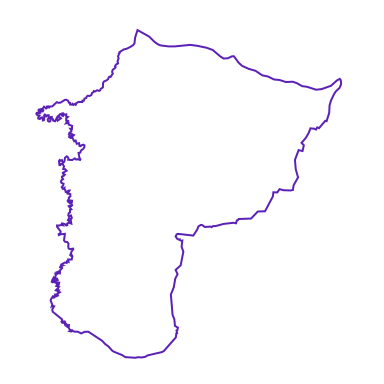 the district of Ban Thaen, Chaiyaphum, Thailand, rotated 268°
{"feature_id": "78962969B48831916769837", "entity_name": "Ban Thaen", "entity_type": "district", "adm_level": 2, "iso_a3": "THA", "parent_name": "Thailand", "parent_adm1": "Chaiyaphum", "projection": "albers", "projection_center": [102.355, 16.36], "detail": "fine", "context": "isolated", "style": "outline", "palette": "violet", "viewbox_px": 384, "rotation_deg": 268, "n_neighbors": 0, "source": "geoboundaries", "source_scale": "gbopen_adm2", "svg_char_len": 5748}
<svg xmlns="http://www.w3.org/2000/svg" viewBox="0 0 384 384"><g transform="rotate(268 192 192)"><path d="M355.7,143.2L348.5,140.6L342.6,139.7L341.0,138.5L339.6,136.3L337.5,131.9L336.9,128.9L334.4,124.5L333.6,124.7L333.0,123.7L331.8,123.7L330.3,122.8L328.2,123.3L325.0,122.1L323.1,122.6L322.0,120.4L320.2,119.4L319.5,120.0L318.6,119.5L316.9,117.0L314.7,116.3L313.2,117.0L309.9,114.7L310.2,114.1L309.6,112.8L307.9,112.2L306.7,110.8L305.4,107.7L303.9,106.9L299.6,106.6L298.2,104.4L296.7,103.6L296.3,102.7L297.0,100.7L295.9,98.8L296.3,97.4L295.3,97.1L294.5,95.6L292.4,94.8L291.5,92.9L291.9,91.3L291.0,90.1L289.6,89.5L289.1,87.8L287.0,87.0L287.1,85.7L285.7,85.5L286.0,81.7L284.2,78.5L282.6,79.4L284.0,77.9L283.1,76.4L284.3,75.7L283.5,74.8L283.7,73.2L285.4,73.3L285.6,72.0L287.5,71.4L288.6,69.4L288.5,68.1L285.9,63.7L285.8,61.7L286.5,60.0L282.5,55.4L282.3,52.9L281.4,52.2L281.7,51.5L282.6,51.4L282.5,50.0L281.3,50.1L280.6,49.1L282.4,47.1L280.0,45.3L279.0,46.3L277.7,45.6L278.2,44.4L280.1,44.1L279.7,41.7L278.4,41.4L277.7,41.8L277.9,42.9L276.5,43.3L276.0,42.1L276.5,39.6L275.8,39.2L274.9,39.4L274.0,40.5L273.7,42.2L271.7,40.9L270.8,40.9L270.2,42.4L271.7,43.8L271.8,44.7L268.7,45.6L269.2,46.7L273.5,46.9L274.6,47.5L274.3,48.2L272.6,48.9L273.8,50.4L273.7,51.5L271.3,51.4L269.4,50.3L267.8,50.7L267.3,51.7L267.5,52.6L268.7,53.2L271.0,52.5L271.9,53.5L271.9,54.5L270.2,54.6L269.5,55.7L268.2,55.7L267.5,57.6L271.0,59.6L268.0,60.2L270.2,63.6L271.3,62.4L271.6,60.4L274.3,62.6L274.5,63.4L273.0,64.6L272.5,65.8L273.2,66.2L274.6,65.1L275.2,65.2L275.1,66.1L273.7,67.2L274.0,69.1L271.8,68.9L271.3,70.5L270.0,68.9L267.8,68.7L267.5,70.4L265.1,68.6L265.7,71.0L263.6,71.1L262.3,74.5L259.1,74.2L259.4,72.6L257.6,73.6L256.6,73.5L255.5,71.6L254.4,71.2L254.5,72.9L253.1,76.0L252.4,75.4L252.1,72.4L252.6,71.4L251.2,71.1L250.2,72.7L250.3,74.5L246.8,76.0L247.5,77.5L244.2,78.5L244.7,80.9L241.9,81.2L241.7,82.4L242.4,82.9L243.1,85.0L242.5,86.1L240.7,86.0L238.8,84.8L237.5,82.7L235.3,81.7L235.0,80.0L230.5,80.6L228.4,81.6L227.9,81.2L228.8,79.0L228.4,77.5L229.7,76.1L228.1,73.4L228.6,69.4L229.9,69.7L231.6,68.8L232.0,67.9L230.7,66.3L227.1,65.6L226.1,64.8L226.2,63.8L228.4,63.1L227.8,61.8L228.6,60.9L227.5,60.1L223.5,60.5L223.5,61.3L224.7,62.1L224.1,64.0L222.0,65.0L219.5,64.1L219.2,66.0L217.6,67.4L215.7,63.6L214.6,63.9L213.8,65.5L212.8,64.6L212.0,62.6L211.1,62.5L209.3,63.6L208.5,62.1L206.8,61.3L205.6,62.0L204.8,63.9L203.1,63.5L201.4,62.0L199.7,63.0L200.6,64.7L199.2,64.6L198.2,65.6L196.5,65.7L196.0,66.7L197.7,68.6L197.7,69.6L194.7,67.8L194.1,70.3L191.9,70.3L190.7,68.7L189.4,68.7L187.5,67.4L186.8,67.8L187.8,70.1L187.5,71.8L186.1,71.6L186.3,70.0L185.5,69.2L183.8,71.5L182.8,71.7L182.1,70.8L182.6,69.1L182.2,68.3L178.9,70.8L178.5,69.4L175.8,69.4L175.2,68.1L172.8,67.5L171.8,68.2L172.8,70.2L170.3,71.0L169.0,70.1L170.1,68.1L168.1,67.0L167.3,68.2L167.5,69.9L164.6,70.3L165.7,67.7L164.8,66.1L163.3,66.3L162.9,65.7L163.3,64.5L164.4,63.7L165.2,61.0L164.7,60.7L163.3,61.6L163.7,60.1L163.1,58.1L163.3,56.0L162.0,55.9L157.2,59.3L155.5,59.1L154.6,57.3L153.6,57.5L154.3,59.1L154.6,63.5L148.1,62.4L146.7,63.4L146.4,65.5L144.7,66.8L141.9,66.4L139.7,66.8L139.1,68.5L139.6,71.2L139.1,71.4L136.7,69.6L133.2,68.1L132.6,68.7L133.4,69.5L131.8,70.2L128.7,69.4L128.9,65.9L126.5,66.2L127.2,64.7L125.5,64.3L126.0,62.5L124.0,58.7L123.3,58.6L123.0,60.0L122.2,57.9L121.5,57.6L121.5,59.2L120.5,59.6L118.3,57.3L115.3,57.2L115.5,55.6L117.1,55.8L116.4,53.7L115.0,54.1L115.2,52.6L113.1,53.0L110.9,51.6L110.9,52.5L110.0,52.6L110.1,54.2L108.6,54.7L107.6,51.7L108.9,51.2L108.3,50.1L110.2,50.1L108.9,49.3L107.1,48.7L106.6,49.4L107.1,51.3L106.3,52.0L106.2,53.0L104.9,53.6L106.2,54.6L106.1,56.1L104.2,55.7L104.0,54.0L102.8,53.1L102.0,55.7L100.5,54.6L99.1,54.6L99.5,53.4L98.5,52.5L97.9,54.3L98.1,55.4L97.0,54.7L96.4,56.3L94.7,53.6L93.2,54.4L92.6,52.9L94.3,52.4L94.3,51.6L93.1,51.9L92.8,51.0L91.5,50.9L91.3,50.1L92.6,49.9L92.7,49.4L89.7,47.3L88.4,46.9L84.1,48.5L82.7,47.9L83.1,48.7L82.6,50.2L79.6,48.3L77.3,48.5L69.2,57.7L67.9,57.7L67.1,57.0L66.0,57.6L65.8,58.5L67.1,58.7L67.1,60.3L66.5,60.7L65.4,60.2L63.9,60.5L64.5,61.8L63.2,62.5L63.3,64.4L62.0,64.2L61.9,62.4L60.7,64.0L58.4,65.2L58.2,66.3L57.2,64.8L56.8,66.3L57.3,67.8L56.5,69.7L56.4,72.9L54.5,76.4L56.0,79.6L56.0,83.5L46.5,96.9L42.8,100.2L40.7,103.0L36.1,106.8L35.1,108.4L31.4,116.6L29.3,119.6L28.3,129.7L28.8,132.2L28.4,135.6L28.8,139.2L30.3,142.1L33.1,156.5L34.0,158.3L47.3,170.8L51.2,171.4L51.5,172.2L54.2,171.7L54.6,172.6L56.9,173.2L58.8,170.3L65.5,169.9L69.9,168.3L90.3,167.3L97.5,170.5L105.9,172.2L110.4,174.7L114.7,172.9L119.1,178.1L132.7,181.3L137.5,179.7L143.7,180.6L143.5,180.0L144.4,178.2L145.0,178.1L144.7,177.6L145.6,175.7L148.1,174.1L149.7,174.9L150.6,175.9L150.4,178.3L148.4,191.8L154.1,195.8L157.5,197.3L158.8,199.7L158.6,201.0L156.6,203.6L156.8,209.2L156.2,210.4L157.2,211.9L157.1,214.3L159.0,222.5L159.8,232.4L159.2,234.9L162.0,235.8L162.2,236.7L163.4,237.7L163.4,250.1L170.2,257.1L170.2,264.3L184.8,272.7L188.9,273.3L188.6,277.2L191.8,279.6L190.6,283.4L190.1,290.4L190.5,292.9L195.2,293.8L202.9,298.5L211.0,296.5L220.5,296.0L230.1,300.0L229.1,303.9L234.8,305.4L237.3,303.2L242.2,307.7L247.2,310.8L251.5,312.6L251.0,316.3L250.1,318.1L252.2,319.4L251.4,321.2L258.5,327.7L258.1,329.0L266.4,331.9L273.8,332.5L278.4,334.0L285.3,337.6L287.9,339.6L290.8,343.0L294.6,344.8L298.6,344.6L299.9,343.6L298.4,340.7L293.3,334.6L290.3,325.0L289.9,319.6L293.2,310.4L293.9,305.9L297.2,300.4L298.7,296.5L298.6,289.8L300.9,283.4L301.6,277.9L304.8,271.9L306.2,266.2L310.9,259.7L313.2,252.7L316.3,246.5L319.5,243.2L326.2,238.6L326.2,236.6L324.4,232.6L324.3,228.2L326.5,225.0L333.2,217.7L335.6,211.8L337.9,202.5L339.1,195.3L338.1,179.8L338.3,173.9L339.5,166.1L340.6,163.4L343.2,159.9L348.9,154.5L355.7,143.2Z" fill="none" stroke="#5b21b6" stroke-width="2"/></g></svg>